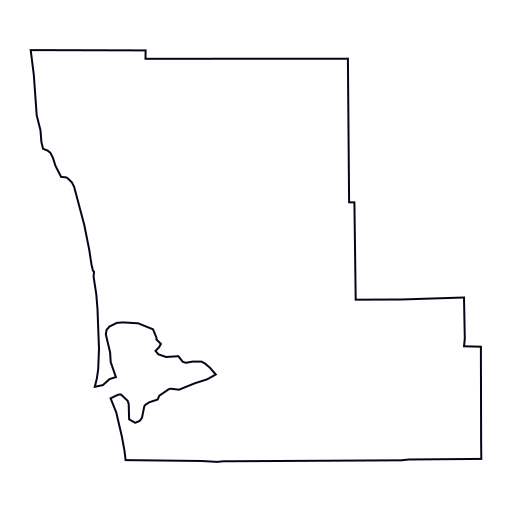 the district of Grays Harbor, Washington, United States of America
{"feature_id": "52423323B85210970682519", "entity_name": "Grays Harbor", "entity_type": "district", "adm_level": 2, "iso_a3": "USA", "parent_name": "United States of America", "parent_adm1": "Washington", "projection": "orthographic", "projection_center": [-123.98, 47.162], "detail": "fine", "context": "isolated", "style": "outline", "palette": "ink", "viewbox_px": 512, "rotation_deg": 0, "n_neighbors": 0, "source": "geoboundaries", "source_scale": "gbopen_adm2", "svg_char_len": 1282}
<svg xmlns="http://www.w3.org/2000/svg" viewBox="0 0 512 512"><path d="M347.9,58.7L145.5,58.8L145.6,50.4L30.7,50.1L33.8,74.8L36.7,115.3L40.5,130.4L41.4,142.1L43.1,148.8L47.6,150.6L50.4,152.8L52.9,157.8L55.4,165.7L61.1,176.9L66.2,177.4L67.7,178.3L71.9,182.4L74.1,186.7L84.3,225.1L89.2,249.6L91.5,264.6L92.9,270.6L94.0,271.7L93.6,276.8L96.3,294.4L97.5,309.2L99.0,349.0L98.2,369.0L96.9,378.3L94.8,386.8L102.9,385.1L109.5,379.1L115.9,377.1L110.7,362.1L110.1,352.4L105.8,334.3L106.6,329.8L109.5,326.5L116.8,322.9L122.8,322.4L138.1,323.3L153.0,329.3L156.5,337.8L156.5,339.6L160.9,343.9L159.1,347.2L155.5,350.9L158.3,354.3L166.1,357.0L178.4,356.2L182.6,361.7L185.9,362.8L192.6,361.6L201.4,361.6L204.7,363.3L209.8,367.6L214.3,372.8L215.8,374.5L207.2,379.3L195.0,383.2L179.0,389.7L170.7,388.7L168.6,389.3L159.3,395.7L157.7,399.5L149.2,402.3L145.4,404.8L144.3,406.3L142.0,417.8L139.8,420.8L137.8,421.7L135.2,422.8L129.1,419.3L128.7,403.9L127.6,400.8L121.0,394.5L118.4,394.6L110.6,398.3L116.3,412.6L121.9,436.7L124.5,450.9L125.6,460.1L201.9,461.0L217.3,461.9L223.1,461.3L401.5,460.3L408.9,459.5L481.3,458.9L481.1,440.2L481.1,434.5L480.9,346.7L464.0,346.3L464.8,338.8L464.0,297.5L401.1,299.5L355.7,299.7L354.4,202.4L349.1,202.3L347.9,58.7Z" fill="none" stroke="#020617" stroke-width="2"/></svg>